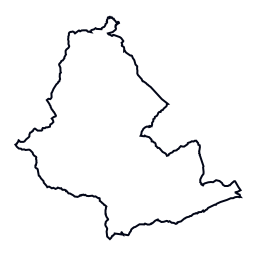 Vintila Voda, Buzau, Romania
{"feature_id": "2599482B97538487419243", "entity_name": "Vintila Voda", "entity_type": "district", "adm_level": 2, "iso_a3": "ROU", "parent_name": "Romania", "parent_adm1": "Buzau", "projection": "albers", "projection_center": [26.732, 45.463], "detail": "fine", "context": "isolated", "style": "outline", "palette": "ink", "viewbox_px": 256, "rotation_deg": 0, "n_neighbors": 0, "source": "geoboundaries", "source_scale": "gbopen_adm2", "svg_char_len": 5804}
<svg xmlns="http://www.w3.org/2000/svg" viewBox="0 0 256 256"><path d="M240.6,197.0L240.1,196.4L239.7,194.7L236.5,193.3L235.8,192.6L234.8,192.4L237.8,191.7L240.6,190.2L238.5,187.2L235.1,181.3L234.2,181.2L231.9,183.1L229.8,185.3L229.3,185.2L227.9,186.0L224.8,186.0L222.8,184.7L222.1,183.1L219.5,181.0L216.1,180.2L213.1,182.2L210.9,182.0L208.3,182.3L204.7,183.4L203.5,184.1L203.4,184.8L203.0,185.4L201.5,184.5L201.8,184.1L201.5,183.6L200.2,182.2L200.4,181.2L200.2,180.2L200.4,179.2L202.0,175.9L203.5,173.9L203.6,172.0L203.1,167.3L203.5,166.3L200.1,156.0L199.7,155.2L199.9,154.4L199.1,153.4L199.4,152.1L199.1,151.3L199.5,149.9L199.9,147.1L199.7,145.3L198.4,144.8L198.1,143.0L197.4,142.4L197.1,141.6L196.5,141.4L196.1,140.7L194.6,140.8L193.7,141.5L191.8,141.3L190.3,142.2L188.3,142.8L187.8,143.1L187.6,144.2L184.1,146.6L182.1,146.5L180.9,146.1L179.6,147.4L178.5,148.9L177.6,149.2L176.6,150.3L173.6,150.9L172.5,152.3L170.7,153.0L168.9,154.2L168.5,155.3L166.9,155.8L166.3,154.4L165.4,153.4L162.6,151.9L159.6,148.4L158.7,147.8L157.7,147.9L156.5,146.4L155.8,146.0L155.7,144.4L155.4,143.4L154.7,142.6L153.7,142.3L153.0,141.5L151.7,141.4L151.5,139.6L149.2,137.2L145.6,136.2L144.8,135.6L144.2,136.3L140.6,135.8L141.3,134.3L141.7,131.7L142.9,129.9L143.3,128.9L145.1,127.4L146.7,126.6L148.0,126.7L148.4,126.3L148.9,126.3L149.2,127.1L150.0,126.9L150.1,126.0L151.6,126.3L152.1,124.8L152.1,122.8L153.3,121.1L153.3,119.2L154.6,118.5L154.9,116.9L156.9,115.8L157.7,114.5L158.4,112.7L159.4,111.9L160.6,112.0L161.1,110.7L161.8,110.2L162.7,110.1L163.8,108.5L166.4,106.3L166.7,105.6L166.9,104.3L168.0,104.0L161.8,99.1L150.7,87.0L148.6,85.5L147.9,84.7L147.4,84.6L146.0,83.1L143.0,81.1L142.6,81.2L141.9,79.9L141.8,79.3L137.9,74.9L137.3,73.5L137.4,70.5L137.1,69.0L137.2,66.3L135.5,64.5L134.3,60.2L132.7,57.8L132.0,55.9L131.4,55.5L130.3,55.5L126.5,52.9L125.8,52.3L124.8,50.6L124.1,51.1L124.2,48.3L123.9,47.2L123.5,46.7L122.0,46.0L121.8,45.6L122.2,44.5L121.6,42.8L123.2,41.5L123.3,41.0L121.2,38.1L119.8,37.1L113.6,34.9L113.0,35.0L112.5,35.8L111.9,35.9L110.2,34.8L109.1,34.6L108.3,34.1L107.9,33.4L112.6,32.1L115.7,29.6L116.0,28.2L115.4,27.2L115.6,26.5L115.4,26.1L116.1,25.5L115.9,24.8L119.0,23.0L118.8,22.3L118.3,21.9L117.9,21.9L117.3,23.0L116.6,22.8L115.1,20.6L114.3,20.1L113.8,18.8L113.0,18.8L112.2,17.6L111.3,17.9L110.9,17.2L109.7,17.9L109.5,16.9L107.9,17.5L107.7,18.8L106.9,20.1L107.1,20.8L106.7,21.6L107.1,21.9L107.1,22.4L106.5,23.3L105.5,24.1L105.4,24.9L104.9,26.0L104.2,26.9L103.0,27.3L101.8,28.1L101.5,29.2L96.6,28.9L95.6,28.2L93.9,29.4L91.4,30.1L90.7,31.7L91.1,32.2L90.0,32.0L89.4,31.5L88.2,31.8L86.9,30.8L86.7,30.4L85.6,30.3L81.8,30.4L80.1,31.3L79.3,30.6L78.7,30.6L75.0,33.4L74.7,33.1L74.8,32.6L72.8,31.5L70.9,32.0L70.4,31.9L69.3,32.6L68.9,33.4L68.9,35.1L68.3,36.6L68.4,37.9L68.1,39.3L68.6,41.5L68.4,44.0L69.2,46.1L69.1,46.7L68.4,47.9L66.4,49.5L65.6,50.9L65.7,53.8L66.0,54.4L64.3,57.3L64.4,58.2L62.8,60.4L61.4,61.0L60.8,62.3L59.4,63.7L59.1,64.8L60.4,67.7L60.5,71.5L60.9,72.6L59.9,73.5L59.7,76.8L60.1,79.1L59.7,79.8L59.3,81.4L58.4,81.8L57.8,83.1L56.4,84.3L53.6,88.7L51.9,92.6L51.4,93.2L51.6,97.2L51.1,98.3L50.3,99.1L48.4,98.8L46.8,100.1L49.5,104.1L49.6,104.7L50.6,106.2L50.7,107.3L51.5,108.6L51.7,109.4L52.6,110.2L53.4,111.6L54.0,112.1L55.9,115.5L55.7,116.3L53.6,117.1L51.7,118.5L53.0,120.3L53.4,122.0L52.0,123.5L50.3,124.5L49.9,126.7L47.7,127.3L45.9,127.4L44.9,128.2L42.8,128.0L42.3,128.8L42.3,129.9L41.6,130.6L37.6,130.6L35.2,128.7L34.7,128.6L33.6,129.4L32.9,131.0L32.2,131.2L31.6,132.1L30.2,132.6L29.4,134.6L29.4,136.3L28.8,137.2L26.1,139.4L24.5,141.4L23.3,141.9L20.4,141.9L19.5,141.2L19.3,140.7L18.6,140.3L18.0,142.0L17.2,142.8L17.0,143.6L15.4,144.6L16.8,146.7L18.8,148.5L21.0,148.7L21.9,149.6L24.2,149.4L25.6,150.0L29.1,149.6L30.2,150.2L32.6,152.6L33.0,154.1L34.0,155.5L36.1,156.9L36.3,157.4L36.0,159.0L36.4,160.0L36.4,161.7L36.6,162.7L36.3,163.1L36.0,164.9L35.7,164.9L35.4,165.4L35.4,167.4L36.3,168.3L37.3,168.7L37.7,169.4L38.8,175.7L39.6,176.1L41.0,178.4L43.5,181.1L43.8,182.7L46.5,185.8L47.3,187.2L48.6,186.7L49.3,186.7L51.9,188.3L53.3,187.8L55.6,188.9L57.3,188.1L57.8,187.6L60.3,188.5L61.1,188.2L62.4,189.8L64.7,189.8L65.9,190.4L66.0,191.2L66.9,191.3L68.5,193.4L70.0,193.5L73.4,195.4L74.6,196.5L77.6,196.9L79.6,196.0L80.0,195.3L81.3,195.0L81.4,195.4L83.2,194.6L84.2,195.2L85.1,194.8L86.8,195.9L88.7,196.1L92.3,195.7L93.9,196.6L95.6,196.4L97.8,197.9L99.5,198.2L99.7,198.7L99.6,199.4L99.9,200.3L99.8,200.9L101.5,202.2L102.4,203.2L103.4,203.8L104.1,204.9L105.0,205.2L106.4,206.5L105.9,207.7L105.9,208.9L105.5,210.0L105.5,214.0L105.9,214.2L105.8,215.0L106.5,216.8L108.1,219.2L107.9,219.8L107.0,220.4L105.7,222.1L105.7,223.2L105.4,223.5L105.3,224.8L105.6,225.8L106.8,227.7L107.2,228.8L106.6,231.6L107.2,236.6L109.9,239.1L111.3,237.7L112.2,235.9L113.0,235.7L113.4,235.1L114.6,234.2L114.7,233.5L121.4,234.4L121.4,232.5L121.7,232.3L122.1,232.7L122.0,233.4L122.4,233.8L122.3,234.1L123.0,234.6L122.9,234.1L123.1,234.0L124.1,234.5L128.1,235.2L128.7,234.7L129.9,232.2L130.7,231.4L131.3,229.5L132.8,228.1L133.3,227.9L133.7,227.4L135.4,226.9L139.5,224.3L144.4,224.4L144.6,223.8L145.0,223.6L147.7,224.6L149.8,224.5L151.2,223.5L151.4,223.8L152.8,222.9L155.2,220.7L157.7,219.5L157.9,219.5L158.0,220.4L159.3,220.7L161.4,222.0L163.7,221.8L166.6,220.9L167.3,221.0L168.4,221.8L169.6,221.2L171.6,222.7L173.8,222.9L175.9,223.9L177.3,223.2L177.3,222.5L177.5,222.3L181.0,221.4L184.6,218.4L185.0,218.4L186.4,217.4L189.4,216.6L189.9,216.1L191.4,215.9L192.6,214.6L193.8,213.9L195.5,213.5L196.0,213.1L196.6,213.1L197.1,213.5L198.3,212.7L198.4,212.2L201.4,212.0L203.1,210.5L203.9,211.6L205.9,209.9L206.9,209.5L208.1,207.9L214.7,204.7L215.7,204.8L215.7,204.5L217.0,203.6L220.5,202.0L227.0,199.9L230.9,198.2L233.1,198.2L235.1,197.2L237.0,196.9L238.5,196.9L239.2,197.2L239.6,196.9L240.6,197.0Z" fill="none" stroke="#020617" stroke-width="2"/></svg>